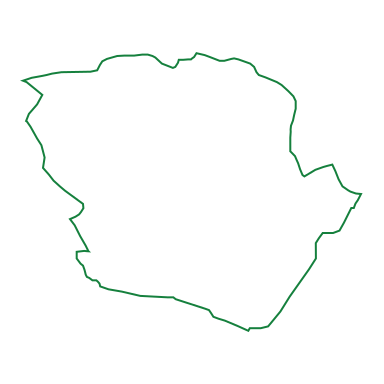 outline of Duhok, Dihok, Iraq
{"feature_id": "34846034B6031553398703", "entity_name": "Duhok", "entity_type": "district", "adm_level": 2, "iso_a3": "IRQ", "parent_name": "Iraq", "parent_adm1": "Dihok", "projection": "robinson", "projection_center": [43.064, 36.944], "detail": "fine", "context": "isolated", "style": "outline", "palette": "green", "viewbox_px": 384, "rotation_deg": 0, "n_neighbors": 0, "source": "geoboundaries", "source_scale": "gbopen_adm2", "svg_char_len": 1951}
<svg xmlns="http://www.w3.org/2000/svg" viewBox="0 0 384 384"><path d="M196.5,53.2L194.1,57.0L192.1,58.4L191.0,59.4L188.2,59.4L183.1,59.8L178.8,59.8L178.0,62.7L175.3,66.9L172.9,67.9L161.9,63.6L155.3,57.5L152.5,56.0L147.8,54.6L142.3,54.6L134.1,55.6L124.3,55.6L117.2,56.0L107.0,58.9L102.3,61.3L99.9,65.0L97.2,70.3L90.5,71.7L61.5,72.2L52.1,73.6L46.6,75.0L42.7,75.8L39.5,76.4L31.7,77.8L23.0,80.7L26.6,82.1L32.5,86.9L42.3,94.9L37.1,104.4L28.9,113.9L26.1,121.0L26.9,121.5L30.5,126.7L37.1,138.5L41.4,145.2L43.0,151.3L44.6,157.5L43.0,167.9L48.9,174.6L53.6,180.7L59.9,186.4L65.0,190.7L83.0,203.9L83.4,208.2L81.0,212.0L79.1,214.4L75.5,216.7L70.0,219.1L74.7,225.3L80.2,236.2L85.7,245.7L88.4,251.2L88.5,251.3L87.0,251.2L84.9,251.0L84.2,250.9L83.5,251.0L76.7,251.8L76.7,258.5L80.6,263.7L83.0,265.6L84.5,269.8L85.3,272.9L85.7,274.6L86.9,276.9L89.2,277.9L92.4,280.3L93.8,280.3L95.0,280.3L96.3,280.3L97.9,281.7L99.5,283.6L100.2,286.4L104.2,287.8L108.5,289.3L121.8,291.6L140.3,295.9L167.0,297.3L168.4,297.3L171.9,297.3L173.3,297.3L175.7,299.2L185.9,302.5L205.1,308.7L209.0,310.1L211.0,313.0L213.4,316.8L218.5,318.7L224.8,320.6L238.1,326.2L248.3,330.8L249.8,328.2L260.7,328.2L268.1,326.4L273.5,319.9L280.4,311.5L289.7,296.6L309.0,269.3L315.9,258.5L315.8,243.1L318.8,238.3L322.7,233.0L333.1,233.0L339.5,230.6L343.9,222.8L351.3,208.0L353.8,208.0L355.5,203.5L357.8,200.2L361.0,194.0L355.9,193.5L350.4,191.6L348.0,190.2L345.3,188.3L342.5,186.4L338.6,179.3L335.4,171.2L332.3,164.6L326.8,166.0L323.3,167.0L315.4,169.8L304.4,176.4L302.5,175.0L300.1,169.3L298.1,163.2L296.6,159.9L295.0,156.1L290.3,151.3L290.3,146.1L290.3,142.3L290.3,137.6L290.7,131.9L290.6,129.5L291.0,125.7L293.0,120.5L294.2,114.8L295.7,108.7L295.7,101.1L293.4,96.3L288.3,91.1L281.6,85.0L276.9,82.1L265.5,77.4L258.8,75.0L256.5,72.2L254.1,66.9L250.2,63.6L246.3,62.2L238.4,59.4L234.1,58.4L231.4,58.9L224.3,60.8L219.6,60.8L209.8,57.0L204.7,55.1L196.5,53.2Z" fill="none" stroke="#15803d" stroke-width="2"/></svg>